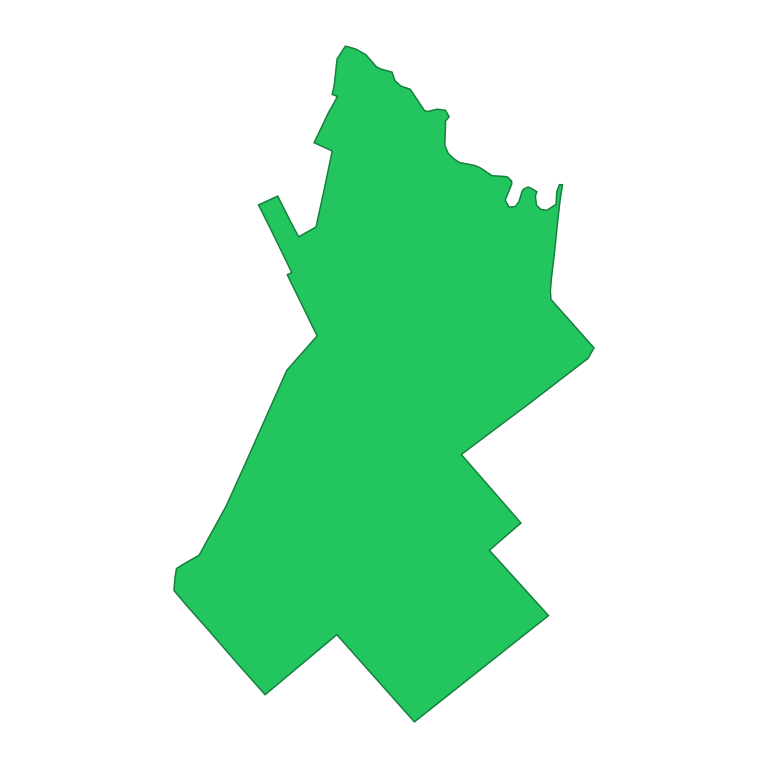 the district of Plosca, Teleorman, Romania
{"feature_id": "2599482B28762716493728", "entity_name": "Plosca", "entity_type": "district", "adm_level": 2, "iso_a3": "ROU", "parent_name": "Romania", "parent_adm1": "Teleorman", "projection": "equal_earth", "projection_center": [25.135, 43.998], "detail": "fine", "context": "isolated", "style": "filled", "palette": "green", "viewbox_px": 768, "rotation_deg": 0, "n_neighbors": 0, "source": "geoboundaries", "source_scale": "gbopen_adm2", "svg_char_len": 1426}
<svg xmlns="http://www.w3.org/2000/svg" viewBox="0 0 768 768"><path d="M548.3,615.4L489.4,550.3L520.9,523.0L461.3,454.5L503.6,422.7L528.4,404.2L558.2,381.3L588.0,358.4L594.0,347.9L550.9,299.4L550.4,290.6L551.4,278.8L554.9,248.9L557.5,222.8L560.0,201.0L562.5,184.7L559.4,184.7L556.8,191.7L556.0,204.4L546.9,210.3L540.8,209.4L536.4,205.2L535.9,200.5L535.4,195.8L536.9,191.8L532.1,188.7L528.1,187.0L523.5,189.1L521.9,191.7L519.1,201.3L515.4,206.5L509.1,207.2L505.2,200.2L511.7,184.1L511.7,181.2L507.7,177.1L504.6,176.5L492.0,175.7L480.5,168.0L474.5,165.4L459.4,162.5L453.6,158.6L448.4,153.7L444.8,145.5L445.5,126.3L445.4,121.4L449.1,116.8L445.9,111.0L445.5,110.3L437.2,109.2L432.6,110.3L427.9,111.5L424.5,110.7L412.5,92.6L410.3,89.3L400.9,86.1L395.0,80.7L392.0,72.1L380.6,69.0L376.4,66.8L365.8,54.7L355.9,49.1L345.4,46.1L337.1,58.9L334.2,85.2L332.2,94.5L337.4,96.4L333.9,103.0L328.5,112.6L314.1,142.7L332.2,151.0L324.1,190.0L316.2,226.2L315.7,227.2L298.6,236.8L290.5,221.5L277.7,196.1L258.5,204.9L272.7,233.3L291.8,272.6L287.3,274.8L317.1,335.9L286.8,370.3L241.7,471.7L240.1,475.1L238.5,478.6L230.5,496.5L226.0,506.3L222.9,511.9L218.3,520.3L205.0,544.4L201.5,551.0L199.0,555.2L190.5,560.1L182.0,565.0L178.4,567.3L176.5,568.6L176.4,568.8L175.0,577.6L174.0,589.7L174.1,590.7L186.3,605.2L208.6,630.3L236.7,662.7L265.1,694.7L336.8,634.7L414.4,721.9L548.5,615.6L548.3,615.4Z" fill="#22c55e" stroke="#15803d" stroke-width="1.5"/></svg>